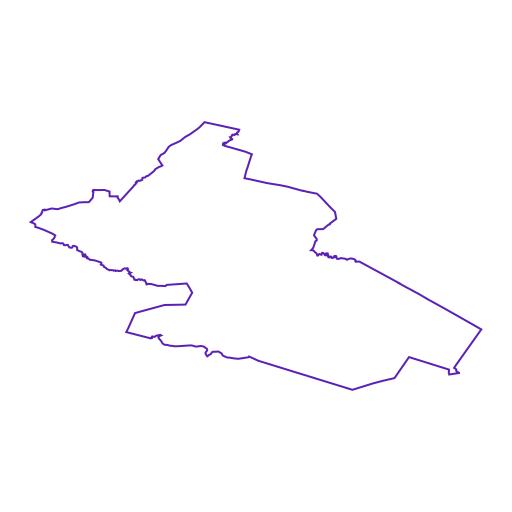 the district of Jaunannas pag., Aluksne, Latvia
{"feature_id": "27541924B81808948627950", "entity_name": "Jaunannas pag.", "entity_type": "district", "adm_level": 2, "iso_a3": "LVA", "parent_name": "Latvia", "parent_adm1": "Aluksne", "projection": "equal_earth", "projection_center": [27.083, 57.287], "detail": "fine", "context": "isolated", "style": "outline", "palette": "violet", "viewbox_px": 512, "rotation_deg": 0, "n_neighbors": 0, "source": "geoboundaries", "source_scale": "gbopen_adm2", "svg_char_len": 5967}
<svg xmlns="http://www.w3.org/2000/svg" viewBox="0 0 512 512"><path d="M258.4,360.8L352.4,389.8L373.0,383.4L382.9,380.8L394.5,378.1L409.0,357.1L449.0,369.6L448.8,373.3L449.1,373.8L449.2,374.5L459.0,373.0L459.0,372.8L456.4,371.3L456.2,369.3L454.1,367.9L456.1,364.9L481.3,329.4L444.7,308.6L427.8,299.3L419.4,294.3L406.9,287.6L398.7,283.1L398.9,283.0L359.6,261.7L358.9,261.5L356.6,261.7L355.7,261.7L355.3,261.1L355.7,260.6L355.6,260.3L354.8,259.5L354.0,259.1L351.5,258.5L349.8,258.6L348.4,259.0L347.5,259.6L346.9,259.7L345.9,259.2L345.8,258.9L345.2,258.7L340.7,258.1L340.3,258.2L339.8,258.6L337.6,259.0L336.9,258.7L336.3,256.9L336.4,256.5L336.3,256.2L335.6,255.9L334.6,256.0L334.2,256.2L334.1,256.5L334.5,256.8L334.5,257.3L333.1,257.7L332.4,258.0L331.9,258.0L331.5,257.4L331.4,256.7L330.6,256.5L330.0,256.8L329.8,257.3L329.6,257.4L328.5,257.2L328.1,256.8L328.4,255.7L328.3,255.1L328.0,254.5L327.7,253.4L326.0,253.4L325.5,253.7L325.5,253.9L326.8,254.4L327.3,254.9L326.7,255.3L325.2,255.3L324.9,255.1L323.7,253.4L323.3,253.1L322.7,252.8L322.2,252.8L321.9,253.1L321.7,254.4L321.5,254.8L321.0,254.7L319.7,254.0L319.3,254.0L318.0,255.5L317.3,255.5L316.7,253.6L316.2,253.0L315.1,252.3L313.6,250.7L312.8,250.3L311.2,250.2L311.8,249.6L313.2,247.8L314.6,243.8L315.3,241.4L316.7,240.4L316.7,239.0L314.0,235.3L314.0,235.1L316.0,230.4L317.0,229.4L317.3,229.2L323.1,229.1L328.5,224.7L329.8,224.4L329.8,223.6L336.3,218.8L335.0,212.0L329.6,206.6L320.6,197.0L317.7,194.3L317.0,193.7L306.8,191.7L302.9,190.7L302.8,190.9L287.2,186.6L279.6,185.1L272.5,184.0L266.1,182.9L250.5,179.4L244.5,178.2L246.6,169.8L247.3,168.2L251.1,156.2L251.9,154.3L245.4,151.7L225.6,146.1L222.9,145.0L222.9,144.1L223.9,144.0L224.6,143.8L224.4,143.6L224.9,143.2L226.1,143.1L226.2,142.9L225.5,142.6L227.1,142.4L229.1,140.7L229.9,140.3L232.1,139.5L232.2,139.0L230.7,138.2L230.6,137.6L230.3,137.5L230.1,137.2L231.0,137.0L231.3,136.4L232.0,135.8L231.9,135.6L232.1,135.0L232.4,134.7L233.1,134.7L234.1,135.0L234.5,135.0L235.0,134.6L235.2,134.0L235.3,134.0L236.7,134.1L237.3,134.4L237.6,134.4L237.1,133.6L237.0,133.2L237.0,132.8L237.4,132.3L238.1,132.0L238.7,131.5L238.7,130.9L239.2,129.7L204.5,122.2L199.4,127.4L196.9,129.4L189.5,134.6L187.2,135.8L184.9,137.2L180.3,140.9L176.1,142.9L171.3,145.0L169.8,146.0L168.6,147.0L166.0,150.9L164.6,152.7L162.4,154.2L161.1,154.7L160.5,155.3L158.2,159.1L162.4,165.5L161.2,166.2L158.9,167.0L155.3,169.2L154.1,171.0L148.1,175.8L147.4,175.9L146.1,176.4L145.8,176.8L145.6,177.1L145.2,177.4L143.3,177.7L142.4,178.0L142.3,178.3L142.3,179.4L142.2,179.9L141.9,180.1L140.8,180.3L140.6,180.6L140.2,180.7L139.8,180.8L139.0,180.5L138.4,180.7L138.0,181.1L136.9,181.2L136.8,181.4L136.5,181.7L136.4,181.8L136.8,182.2L136.7,182.3L136.1,182.4L135.8,182.6L135.8,182.8L136.2,183.2L136.2,183.3L135.5,183.9L135.5,184.2L135.3,184.5L134.2,185.1L133.4,186.4L119.8,201.3L118.6,198.9L117.5,197.5L117.4,197.3L117.7,196.4L117.1,196.3L115.4,196.4L109.7,196.3L109.5,192.6L109.6,191.6L104.6,190.0L95.4,190.1L93.3,189.9L92.8,190.9L92.7,191.5L93.4,191.9L93.2,193.4L92.7,197.7L89.3,201.7L88.5,202.2L84.5,202.2L78.9,202.5L73.8,204.4L65.8,206.9L61.0,208.1L57.7,209.2L51.8,208.5L44.8,210.3L44.6,209.6L42.7,210.0L42.2,211.9L41.8,212.2L41.4,213.3L41.6,213.6L40.9,214.5L39.0,216.2L30.7,222.1L31.5,222.5L32.7,222.8L35.2,224.2L35.4,227.1L37.1,227.4L43.5,229.7L52.5,233.7L55.0,235.2L55.1,235.3L54.8,235.5L54.7,237.3L53.4,239.1L52.1,240.1L52.2,241.7L57.3,242.6L60.6,243.5L61.8,243.2L62.7,243.3L63.3,243.6L63.6,244.1L63.7,244.8L63.9,245.1L64.2,245.2L65.4,245.2L66.8,244.9L67.8,244.9L68.1,245.5L68.6,246.4L69.0,246.7L69.3,247.4L69.7,247.5L71.2,247.8L72.0,247.6L72.4,247.4L72.6,246.3L73.1,245.9L74.1,245.9L76.4,246.7L76.7,246.9L77.1,247.5L77.2,247.9L77.1,249.4L77.1,250.0L77.6,250.3L78.9,250.8L79.6,251.2L81.1,251.7L82.1,252.3L82.5,252.8L82.6,253.4L82.3,254.2L82.8,254.7L83.2,254.8L83.7,254.8L85.0,254.3L85.4,254.8L85.4,255.1L85.2,255.4L84.7,255.7L83.0,256.0L82.8,256.1L82.9,256.3L84.6,256.7L86.0,256.3L86.3,256.3L86.9,256.7L87.3,257.1L86.6,257.7L86.7,258.1L89.1,259.0L89.6,259.6L90.0,259.8L93.8,260.2L95.4,260.6L100.9,262.4L101.5,263.0L100.8,264.5L102.1,265.1L103.5,265.5L103.8,266.4L104.3,267.2L105.4,267.5L106.8,268.9L109.7,270.3L110.1,270.0L113.3,270.3L113.8,270.7L115.1,270.3L115.6,271.0L117.6,270.6L118.7,271.1L121.4,270.8L122.1,269.9L122.5,269.8L122.7,269.3L124.9,268.3L125.9,268.6L127.3,268.3L127.3,268.7L128.0,269.0L127.8,269.5L127.3,269.5L127.2,270.0L127.6,270.5L129.3,271.6L129.2,272.0L129.6,272.4L130.6,272.7L128.9,273.6L130.6,275.0L130.7,275.8L131.5,276.4L133.4,276.9L134.4,279.7L135.1,279.6L135.4,280.0L136.1,280.1L136.5,279.9L137.3,280.1L137.7,279.6L139.0,279.2L139.7,279.4L140.4,280.0L140.6,280.0L141.2,279.5L141.6,279.4L142.4,279.7L143.4,280.4L144.2,280.5L144.7,280.2L145.1,280.6L146.6,284.4L147.3,284.2L147.1,283.8L151.2,284.0L157.8,285.9L162.7,285.9L165.3,286.1L165.6,286.0L166.4,285.1L166.8,284.9L186.7,283.5L189.5,287.9L192.2,292.7L185.5,304.6L164.3,305.0L163.8,305.2L141.0,311.4L135.0,313.1L128.3,328.1L126.3,332.1L149.7,338.1L150.3,338.4L150.7,338.2L151.1,338.3L152.0,338.0L152.0,337.6L151.8,337.4L152.1,337.2L151.9,336.8L152.2,336.4L154.5,336.9L154.8,336.8L156.0,335.7L157.7,335.7L158.3,335.1L159.2,335.1L159.9,334.9L160.4,334.9L161.2,335.4L160.0,335.8L159.2,336.5L158.5,337.3L158.5,337.7L158.6,338.0L158.9,338.5L161.0,340.8L162.1,342.7L162.7,343.5L163.9,344.4L164.9,344.8L166.8,344.9L168.6,345.3L170.5,345.8L172.6,345.9L174.4,346.3L178.5,346.2L183.9,345.8L190.3,345.4L192.1,345.5L194.7,346.3L196.3,346.6L200.8,346.0L203.2,346.4L203.9,346.7L205.1,347.6L206.3,348.3L206.8,348.8L207.1,349.4L207.2,350.0L206.9,350.8L205.8,352.2L205.5,353.0L205.5,353.4L206.0,354.6L207.3,356.4L207.6,356.3L208.1,355.6L208.9,355.0L210.6,354.2L212.0,352.3L212.7,351.8L216.4,351.7L217.9,351.5L218.8,351.7L219.6,352.3L221.2,353.1L221.7,353.6L222.5,355.3L223.3,355.8L226.7,357.3L227.3,357.5L229.3,357.6L234.8,358.5L238.4,358.8L248.2,357.3L248.8,357.0L249.1,356.5L258.4,360.8Z" fill="none" stroke="#5b21b6" stroke-width="2"/></svg>